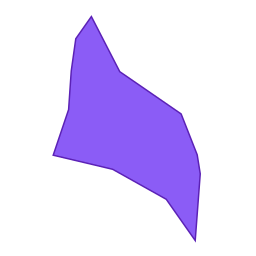 Šmartno ob Paki, Albers equal-area conic projection, rotated 182°
{"feature_id": "SVN-994", "entity_name": "Šmartno ob Paki", "entity_type": "Municipality", "adm_level": 1, "iso_a3": "SVN", "parent_name": "Slovenia", "parent_adm1": "", "projection": "albers", "projection_center": [15.03, 46.342], "detail": "fine", "context": "isolated", "style": "filled", "palette": "violet", "viewbox_px": 256, "rotation_deg": 182, "n_neighbors": 0, "source": "natural_earth", "source_scale": "10m", "svg_char_len": 315}
<svg xmlns="http://www.w3.org/2000/svg" viewBox="0 0 256 256"><g transform="rotate(182 128 128)"><path d="M56.9,17.9L87.3,58.1L141.9,86.2L201.8,98.2L188.0,144.3L186.7,183.1L183.3,215.4L168.5,238.1L138.2,184.0L75.4,143.9L57.9,103.6L54.2,84.7L56.9,17.9Z" fill="#8b5cf6" stroke="#5b21b6" stroke-width="1.5"/></g></svg>